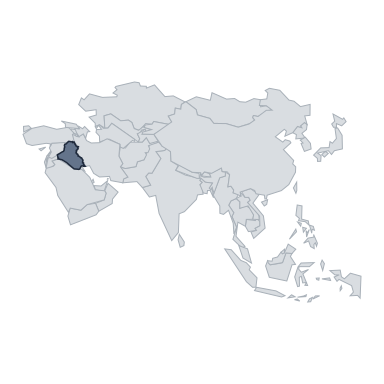 Iraq on a map of Asia (Robinson projection)
{"feature_id": "IRQ", "entity_name": "Iraq", "entity_type": "country or territory", "adm_level": 0, "iso_a3": "IRQ", "parent_name": "Asia", "parent_adm1": "", "projection": "robinson", "projection_center": [44.579, 33.218], "detail": "fine", "context": "in_parent", "style": "filled", "palette": "slate", "viewbox_px": 384, "rotation_deg": 0, "n_neighbors": 45, "source": "natural_earth", "source_scale": "50m", "svg_char_len": 14922}
<svg xmlns="http://www.w3.org/2000/svg" viewBox="0 0 384 384"><path d="M185.0,101.9L181.4,104.4L180.8,109.2L175.3,108.1L174.6,114.0L168.3,116.1L171.7,121.9L170.5,124.7L153.7,121.5L152.1,124.2L145.7,123.5L139.6,130.3L134.2,128.6L131.9,122.5L128.4,120.1L120.7,120.8L110.8,113.9L104.1,115.8L104.8,128.1L99.5,124.8L95.3,126.6L95.2,123.2L89.1,117.1L96.3,115.0L96.1,109.7L85.7,111.2L78.7,104.6L81.4,97.9L84.1,99.8L89.5,93.9L102.4,97.4L116.8,96.8L117.3,95.2L113.0,93.0L117.0,89.7L115.0,87.5L116.0,86.4L134.5,82.0L139.1,82.7L140.4,86.0L146.3,86.3L146.4,88.1L154.5,84.9L164.9,96.6L173.3,95.9L185.0,101.9Z" fill="#d9dde1" stroke="#a8b0b8" stroke-width="1"/><path d="M104.8,128.1L104.1,115.8L110.8,113.9L120.7,120.8L128.4,120.1L131.9,122.5L134.2,128.6L138.6,130.3L145.3,124.9L144.1,127.4L151.6,129.6L148.4,132.0L145.1,131.8L145.0,129.3L141.5,130.1L139.7,134.1L137.4,133.9L139.7,138.7L138.4,142.1L111.8,123.3L107.9,128.1L104.8,128.1Z" fill="#d9dde1" stroke="#a8b0b8" stroke-width="1"/><path d="M361.0,276.2L360.1,298.2L357.6,295.4L350.1,295.8L353.4,292.1L351.6,285.6L339.0,279.4L337.0,281.3L334.1,277.0L339.2,274.9L334.9,274.9L329.9,270.6L340.2,270.1L341.4,276.8L344.4,278.8L350.4,273.2L361.0,276.2ZM312.4,297.4L310.7,301.7L307.7,302.0L309.5,298.8L312.4,297.4ZM340.2,290.7L340.1,288.2L341.3,285.8L341.9,288.4L340.2,290.7ZM292.0,253.5L290.4,256.5L295.5,264.4L292.0,264.8L286.8,281.0L269.3,277.3L265.6,266.0L267.6,260.7L270.2,264.8L280.0,263.3L282.5,262.6L286.0,252.9L292.0,253.5ZM321.9,278.9L329.6,277.9L330.6,280.5L321.9,278.9ZM318.8,280.2L316.8,279.6L316.2,278.2L319.2,278.0L318.8,280.2ZM322.1,260.1L324.4,263.6L322.7,270.5L320.6,264.0L322.1,260.1ZM301.1,263.0L314.1,262.6L309.5,266.6L299.1,266.6L298.7,269.2L301.3,272.2L308.5,269.5L302.9,273.9L307.6,285.5L304.9,285.3L306.4,282.5L302.7,282.9L301.3,276.3L299.3,277.3L299.5,286.1L297.6,286.6L294.7,276.9L298.0,266.9L301.1,263.0ZM299.8,301.1L294.5,299.7L297.3,299.0L299.8,301.1ZM297.5,297.2L303.7,296.0L306.4,294.8L305.9,296.6L297.5,297.2ZM291.6,294.8L295.1,296.8L288.0,297.9L291.6,294.8ZM256.6,287.3L276.0,290.9L285.0,295.7L281.6,297.0L254.5,290.6L256.6,287.3ZM249.2,269.8L257.0,277.8L255.9,287.2L252.6,287.3L246.4,281.7L224.7,248.9L231.2,249.7L240.8,260.4L246.3,262.7L250.4,267.1L249.2,269.8Z" fill="#d9dde1" stroke="#a8b0b8" stroke-width="1"/><path d="M312.7,299.1L315.4,295.9L319.6,295.8L312.7,299.1Z" fill="#d9dde1" stroke="#a8b0b8" stroke-width="1"/><path d="M49.0,155.1L46.4,159.9L46.1,167.9L44.4,162.1L46.9,155.8L49.0,155.1Z" fill="#d9dde1" stroke="#a8b0b8" stroke-width="1"/><path d="M51.3,152.0L47.0,155.8L50.9,150.7L51.3,152.0Z" fill="#d9dde1" stroke="#a8b0b8" stroke-width="1"/><path d="M48.1,158.1L46.3,161.6L47.1,157.7L48.1,158.1Z" fill="#d9dde1" stroke="#a8b0b8" stroke-width="1"/><path d="M48.1,158.1L57.4,154.8L58.5,158.9L52.2,161.1L54.9,164.5L49.3,168.9L46.1,167.9L48.1,158.1Z" fill="#d9dde1" stroke="#a8b0b8" stroke-width="1"/><path d="M94.1,185.6L101.1,186.0L107.6,180.7L104.1,191.5L95.3,189.8L94.1,185.6Z" fill="#d9dde1" stroke="#a8b0b8" stroke-width="1"/><path d="M91.8,183.9L91.6,181.4L93.1,179.3L94.1,182.3L91.8,183.9Z" fill="#d9dde1" stroke="#a8b0b8" stroke-width="1"/><path d="M81.5,166.0L84.8,171.1L79.4,169.2L81.5,166.0Z" fill="#d9dde1" stroke="#a8b0b8" stroke-width="1"/><path d="M104.7,190.8L108.0,183.3L118.1,192.1L112.5,199.1L112.2,203.5L98.8,211.2L95.5,203.3L104.2,199.9L106.1,193.2L104.7,190.8ZM108.2,178.7L107.0,179.5L107.8,178.4L108.2,178.7Z" fill="#d9dde1" stroke="#a8b0b8" stroke-width="1"/><path d="M245.4,226.3L246.3,219.4L255.4,220.6L256.6,218.3L260.1,221.8L259.9,225.8L255.1,228.4L256.5,230.4L248.4,231.6L245.4,226.3Z" fill="#d9dde1" stroke="#a8b0b8" stroke-width="1"/><path d="M252.8,219.3L246.3,219.4L245.4,226.3L237.9,222.2L236.0,236.3L245.0,246.4L242.1,248.2L232.9,239.3L236.6,227.3L231.9,216.4L233.8,212.8L228.7,205.2L231.0,200.9L236.2,198.5L239.9,201.8L239.8,208.3L245.8,205.6L250.5,208.6L253.6,214.9L252.8,219.3Z" fill="#d9dde1" stroke="#a8b0b8" stroke-width="1"/><path d="M259.2,219.5L252.8,219.3L253.6,214.9L248.1,205.9L239.8,208.3L239.9,201.8L236.2,198.5L240.9,196.0L240.1,192.1L245.1,197.4L248.7,197.4L250.2,200.3L247.6,202.4L258.6,213.7L259.2,219.5Z" fill="#d9dde1" stroke="#a8b0b8" stroke-width="1"/><path d="M236.2,198.5L231.0,200.9L228.7,205.2L233.8,212.8L231.9,216.4L236.6,227.3L233.9,233.9L233.2,223.2L228.5,210.3L223.5,214.4L219.9,213.3L219.8,206.0L213.1,195.0L219.7,177.8L225.3,176.0L225.4,172.1L229.6,174.6L227.9,186.8L230.9,186.2L233.7,190.0L233.1,192.8L238.8,193.7L236.2,198.5Z" fill="#d9dde1" stroke="#a8b0b8" stroke-width="1"/><path d="M251.0,232.0L256.5,230.4L255.1,228.4L259.9,225.8L259.6,216.1L247.6,202.4L250.2,200.3L248.7,197.4L245.1,197.4L241.6,191.6L250.5,188.6L259.0,194.7L252.9,203.1L263.4,215.9L265.1,228.1L253.7,238.4L251.0,232.0Z" fill="#d9dde1" stroke="#a8b0b8" stroke-width="1"/><path d="M307.1,124.5L306.5,129.6L301.9,133.3L305.2,138.0L295.8,138.9L296.4,134.6L292.7,132.7L294.2,130.6L297.5,126.4L301.6,127.6L300.5,125.9L304.5,122.5L307.1,124.5Z" fill="#d9dde1" stroke="#a8b0b8" stroke-width="1"/><path d="M300.2,140.1L305.3,137.2L310.4,143.3L311.1,149.0L304.4,151.4L301.1,143.5L303.0,143.0L300.2,140.1Z" fill="#d9dde1" stroke="#a8b0b8" stroke-width="1"/><path d="M185.9,101.7L196.3,96.8L210.3,100.3L212.0,92.7L226.5,99.1L234.6,98.5L239.8,101.7L245.7,102.2L253.9,98.6L260.4,99.7L260.6,106.8L266.3,105.7L272.0,109.1L258.0,116.5L253.4,115.5L252.7,117.6L254.7,120.0L251.7,122.9L238.2,127.2L226.0,123.6L213.8,123.4L209.8,118.4L197.4,114.9L196.2,109.6L185.9,101.7Z" fill="#d9dde1" stroke="#a8b0b8" stroke-width="1"/><path d="M225.4,172.1L225.3,176.0L219.7,177.8L214.0,193.1L212.1,187.7L211.0,189.9L209.2,188.1L212.4,183.1L205.2,182.2L200.8,178.2L200.0,180.5L202.3,182.3L200.0,184.8L201.9,185.7L203.1,194.2L197.5,194.9L196.4,199.4L184.5,211.6L179.1,213.8L178.4,232.5L171.7,240.6L159.1,213.5L155.7,195.4L149.4,197.0L142.4,187.5L150.6,185.2L145.7,176.5L148.7,173.0L152.0,173.2L160.8,158.5L155.9,151.6L164.6,150.5L167.0,147.7L170.5,151.6L171.0,161.1L178.2,165.6L175.7,170.3L185.4,175.1L199.4,178.3L200.7,172.7L201.4,176.0L204.1,177.3L210.7,176.9L209.4,173.7L221.4,168.0L222.2,171.6L225.4,172.1Z" fill="#d9dde1" stroke="#a8b0b8" stroke-width="1"/><path d="M212.1,187.7L213.5,197.7L210.2,190.6L207.5,190.5L207.1,193.7L203.4,193.0L200.0,184.8L202.3,182.3L200.0,180.5L200.8,178.2L205.2,182.2L212.4,183.1L209.2,188.1L211.0,189.9L212.1,187.7Z" fill="#d9dde1" stroke="#a8b0b8" stroke-width="1"/><path d="M209.4,173.7L210.7,176.9L201.4,176.0L204.4,171.9L209.4,173.7Z" fill="#d9dde1" stroke="#a8b0b8" stroke-width="1"/><path d="M199.1,173.4L199.4,178.3L197.0,178.4L175.7,170.3L179.3,164.8L192.3,172.3L199.1,173.4Z" fill="#d9dde1" stroke="#a8b0b8" stroke-width="1"/><path d="M167.0,147.7L164.6,150.5L155.9,151.6L160.8,158.5L152.0,173.2L148.7,173.0L145.7,176.5L150.6,185.2L142.4,187.5L136.9,181.6L122.8,182.8L123.7,178.9L127.8,177.1L120.4,166.8L125.3,168.5L136.0,166.6L137.4,161.8L144.0,159.8L149.8,144.2L158.8,142.1L162.2,146.3L167.0,147.7Z" fill="#d9dde1" stroke="#a8b0b8" stroke-width="1"/><path d="M129.9,142.2L142.3,142.1L146.3,137.6L149.8,143.5L153.4,140.9L158.8,142.1L148.4,145.7L149.7,148.8L147.9,152.7L145.2,152.6L146.5,154.9L144.0,159.8L137.4,161.8L136.0,166.6L125.3,168.5L120.4,166.8L122.8,163.7L118.9,156.1L120.3,147.1L125.4,148.0L129.9,142.2Z" fill="#d9dde1" stroke="#a8b0b8" stroke-width="1"/><path d="M138.4,142.1L139.7,138.7L137.4,133.9L145.0,129.3L146.3,131.7L142.3,134.1L153.9,134.4L158.2,141.2L149.8,143.5L146.3,137.6L142.3,142.1L138.4,142.1Z" fill="#d9dde1" stroke="#a8b0b8" stroke-width="1"/><path d="M145.3,124.9L152.1,124.2L153.7,121.5L170.5,124.7L153.9,134.4L142.3,134.1L142.3,132.2L151.6,129.6L144.1,127.4L145.3,124.9Z" fill="#d9dde1" stroke="#a8b0b8" stroke-width="1"/><path d="M95.3,126.6L99.5,124.8L103.4,128.3L107.9,128.1L111.8,123.3L134.6,139.3L134.7,141.4L132.5,140.4L123.3,148.4L120.3,147.1L119.9,144.3L109.1,139.1L99.7,141.9L99.4,136.0L96.0,132.4L96.5,129.6L101.5,129.3L98.6,125.4L96.2,128.7L95.3,126.6Z" fill="#d9dde1" stroke="#a8b0b8" stroke-width="1"/><path d="M85.2,166.4L81.6,157.9L76.1,152.8L77.9,147.0L72.8,139.3L72.4,134.4L78.1,136.7L83.3,133.9L86.6,140.6L91.2,143.0L99.5,142.7L107.1,138.8L119.9,144.3L118.9,156.1L122.8,163.7L120.4,166.8L127.8,177.1L123.7,178.9L122.8,182.8L110.8,180.6L109.5,176.4L99.5,177.0L93.7,173.4L89.6,165.7L85.2,166.4Z" fill="#d9dde1" stroke="#a8b0b8" stroke-width="1"/><path d="M48.6,157.1L51.3,152.0L49.4,147.9L51.9,143.2L67.5,141.8L64.5,144.8L63.7,151.3L51.8,158.4L48.6,157.1Z" fill="#d9dde1" stroke="#a8b0b8" stroke-width="1"/><path d="M79.1,136.6L71.2,131.7L71.0,128.9L76.4,129.8L79.1,136.6Z" fill="#d9dde1" stroke="#a8b0b8" stroke-width="1"/><path d="M74.3,142.0L51.9,143.2L50.1,146.6L50.3,143.8L46.2,143.3L32.1,145.5L26.5,143.7L23.0,134.3L31.9,128.4L43.7,125.8L56.7,129.3L68.4,127.2L74.3,133.5L72.4,134.4L74.3,142.0ZM23.5,126.4L28.7,125.8L31.2,128.2L23.7,132.0L23.5,126.4Z" fill="#d9dde1" stroke="#a8b0b8" stroke-width="1"/><path d="M184.3,242.0L183.9,245.6L180.2,247.3L178.1,239.8L179.3,234.3L184.3,242.0Z" fill="#d9dde1" stroke="#a8b0b8" stroke-width="1"/><path d="M264.3,206.0L261.5,202.1L267.6,199.7L266.7,204.4L264.3,206.0ZM153.9,134.4L171.7,121.9L168.3,116.1L174.6,114.0L175.3,108.1L180.8,109.2L181.4,104.4L185.9,101.7L196.2,109.6L197.4,114.9L209.8,118.4L213.8,123.4L226.0,123.6L238.2,127.2L248.9,124.1L254.7,120.0L252.7,117.6L253.4,115.5L258.0,116.5L266.3,110.3L272.2,110.2L266.3,105.7L259.4,105.5L260.4,99.7L266.8,98.9L267.8,93.0L265.2,90.5L269.4,88.3L279.8,90.3L289.0,100.1L294.0,101.2L300.5,106.6L310.1,104.4L310.0,115.3L304.7,115.9L307.1,124.5L304.5,122.5L300.5,125.9L301.6,127.6L297.5,126.4L292.7,132.7L284.9,136.2L286.4,131.1L284.3,129.3L275.3,136.8L282.8,142.1L285.2,139.7L289.9,141.1L290.9,142.8L283.4,149.6L293.7,160.5L292.7,163.9L295.7,166.8L295.5,172.2L288.8,184.6L281.4,190.6L267.1,195.2L266.5,198.8L264.9,199.0L264.4,195.2L256.0,193.8L254.7,190.5L250.5,188.6L240.1,192.1L240.9,196.0L233.1,192.8L233.7,190.0L230.9,186.2L227.9,186.8L229.6,174.6L227.1,171.8L222.2,171.6L221.4,168.0L211.7,173.3L204.4,171.9L201.3,175.3L200.7,172.7L192.3,172.3L171.0,161.1L170.5,151.6L162.2,146.3L153.9,134.4Z" fill="#d9dde1" stroke="#a8b0b8" stroke-width="1"/><path d="M296.7,182.1L296.8,190.5L295.9,193.3L293.4,187.9L296.7,182.1Z" fill="#d9dde1" stroke="#a8b0b8" stroke-width="1"/><path d="M78.7,126.3L82.6,128.7L84.6,126.5L89.7,131.6L87.4,131.9L85.7,138.2L83.3,133.9L79.1,136.6L76.6,132.8L74.8,128.3L79.0,129.0L78.7,126.3ZM78.1,136.7L76.2,136.3L74.3,133.5L76.9,134.3L78.1,136.7Z" fill="#d9dde1" stroke="#a8b0b8" stroke-width="1"/><path d="M61.3,121.0L76.2,124.2L79.4,128.6L65.5,127.4L65.3,123.7L61.3,121.0Z" fill="#d9dde1" stroke="#a8b0b8" stroke-width="1"/><path d="M300.7,226.2L297.6,222.0L301.3,223.3L300.7,226.2ZM306.6,237.0L306.1,230.7L307.4,232.8L309.3,229.5L306.6,237.0ZM313.6,234.5L317.4,243.2L316.5,246.3L315.3,242.8L313.9,244.5L314.2,248.6L310.6,246.6L308.6,241.0L303.6,243.2L308.1,238.1L313.9,237.1L313.6,234.5ZM296.5,231.8L289.4,239.2L295.8,229.1L296.5,231.8ZM302.0,205.9L301.6,219.1L308.3,220.9L309.0,225.1L305.3,221.7L298.5,220.7L299.4,218.4L295.9,215.4L297.2,205.0L302.0,205.9ZM303.4,232.2L302.7,227.3L306.4,228.3L303.4,232.2ZM313.3,226.4L314.4,230.2L312.1,229.3L311.7,233.2L309.5,225.1L313.3,226.4Z" fill="#d9dde1" stroke="#a8b0b8" stroke-width="1"/><path d="M238.8,245.6L247.5,248.8L251.5,263.1L243.0,258.1L238.8,245.6ZM292.0,253.5L286.0,252.9L282.5,262.6L270.2,264.8L268.2,262.9L267.6,260.7L272.1,261.2L272.7,258.3L277.5,257.0L281.0,252.2L284.4,252.9L288.2,244.1L295.8,249.2L292.0,253.5Z" fill="#d9dde1" stroke="#a8b0b8" stroke-width="1"/><path d="M284.6,249.1L284.4,252.9L282.4,253.9L281.0,252.2L284.6,249.1Z" fill="#d9dde1" stroke="#a8b0b8" stroke-width="1"/><path d="M342.1,135.3L342.4,148.9L334.4,150.7L331.5,154.5L328.4,150.7L317.6,153.1L321.1,155.6L320.7,161.3L317.5,161.4L317.4,158.4L313.6,155.1L320.7,147.9L329.1,147.6L330.0,141.6L332.4,143.2L336.4,138.5L335.0,128.5L337.6,127.9L342.1,135.3ZM342.6,119.3L343.8,117.9L346.1,121.6L341.7,125.8L336.4,123.6L336.5,127.2L333.5,127.3L331.7,124.0L334.7,121.2L333.0,114.0L342.6,119.3ZM321.8,154.5L325.3,151.5L328.3,153.4L324.4,157.1L321.8,154.5Z" fill="#d9dde1" stroke="#a8b0b8" stroke-width="1"/><path d="M95.5,203.3L98.8,211.2L96.1,214.8L70.5,224.8L67.9,216.1L70.2,208.1L80.9,210.2L87.1,204.6L95.5,203.3Z" fill="#d9dde1" stroke="#a8b0b8" stroke-width="1"/><path d="M46.2,168.4L53.5,166.2L54.9,164.5L52.2,161.1L58.5,158.9L74.1,169.0L82.0,169.6L89.8,177.4L95.3,189.8L104.7,190.8L106.1,193.2L104.2,199.9L87.1,204.6L80.9,210.2L70.2,208.1L68.4,212.3L57.8,195.6L56.0,187.5L45.1,172.7L46.2,168.4Z" fill="#d9dde1" stroke="#a8b0b8" stroke-width="1"/><path d="M45.7,147.1L41.1,150.8L39.1,149.0L45.7,147.1Z" fill="#d9dde1" stroke="#a8b0b8" stroke-width="1"/><path d="M67.6,142.2L67.8,142.2L68.3,141.8L68.6,141.4L69.0,141.5L69.6,141.4L69.9,141.4L70.1,141.5L70.8,141.8L71.2,141.8L71.7,141.8L72.0,141.7L72.3,141.5L72.6,141.6L72.7,141.8L72.7,142.4L72.7,142.6L72.8,142.7L73.0,142.6L73.2,142.4L73.5,142.2L73.8,142.0L74.0,142.0L74.3,142.1L74.3,142.4L74.6,143.3L74.9,143.5L75.0,143.6L75.0,143.9L75.0,144.2L75.1,144.4L75.1,144.5L75.3,144.6L75.5,144.6L75.6,144.8L75.9,145.8L76.1,146.0L76.3,145.9L76.5,146.0L76.9,146.5L77.1,146.6L77.6,146.5L78.2,146.6L78.5,146.7L78.5,146.8L78.2,146.9L77.8,147.1L77.7,147.3L77.6,147.6L77.8,147.9L78.0,148.2L78.1,148.4L78.1,148.5L78.1,148.9L77.8,149.1L77.5,149.2L76.8,150.0L76.8,150.6L76.7,150.8L76.3,150.7L76.3,150.9L76.2,151.1L76.2,151.3L76.4,151.7L76.5,152.0L76.4,152.2L76.2,152.5L76.0,152.8L76.3,152.9L76.8,153.8L77.0,154.0L77.3,154.0L77.5,154.1L77.4,154.4L77.7,154.5L77.8,154.7L78.2,155.3L78.2,155.5L78.0,155.8L78.0,156.0L78.6,156.2L78.8,156.3L79.4,156.6L80.0,157.1L80.5,157.5L80.9,157.9L81.4,157.8L81.5,157.9L81.7,158.0L81.8,158.3L82.1,158.9L82.3,159.2L82.6,159.7L83.0,160.1L82.8,160.8L82.6,161.5L82.6,162.3L82.6,162.8L83.0,162.8L83.5,162.9L83.5,163.4L83.5,164.0L83.6,164.6L83.9,164.8L84.0,165.0L84.3,165.1L84.5,165.2L84.6,165.4L84.7,165.6L84.7,165.8L84.8,166.1L85.1,166.3L84.8,166.4L84.5,166.3L83.9,166.1L83.7,166.1L83.5,166.3L82.8,165.9L82.6,165.9L82.1,165.9L81.6,165.9L81.3,166.1L81.1,166.2L81.0,166.3L80.8,166.8L80.6,167.3L80.4,167.8L80.0,168.4L79.8,168.7L79.3,169.2L78.8,169.4L77.7,169.2L76.4,169.1L75.1,169.0L74.1,168.9L73.1,168.1L72.4,167.5L71.4,166.7L70.5,165.9L69.5,165.1L68.8,164.5L68.0,163.8L67.2,163.1L66.6,162.6L65.8,162.1L65.2,161.7L64.3,161.2L63.6,160.7L63.0,160.4L62.1,159.8L61.8,159.7L60.8,159.5L59.9,159.3L58.9,159.1L58.3,159.0L58.7,158.6L58.6,158.3L58.3,158.3L58.0,158.4L57.9,157.9L58.1,157.8L57.9,157.0L57.7,156.3L57.5,155.6L57.3,154.8L58.1,154.3L58.7,154.0L59.6,153.5L60.4,153.0L61.2,152.5L62.0,152.0L62.8,151.6L63.5,151.4L63.6,151.2L63.9,150.6L64.2,150.1L64.2,149.2L64.3,148.4L64.4,147.9L64.6,147.5L64.7,147.2L64.7,146.9L64.7,146.6L64.6,146.2L64.4,145.7L64.4,145.3L64.5,145.0L64.6,144.7L64.7,144.4L64.9,144.2L65.6,144.1L66.0,144.0L66.5,143.5L66.8,143.2L67.2,142.7L67.5,142.4L67.6,142.2Z" fill="#64748b" stroke="#1e293b" stroke-width="1.5"/></svg>